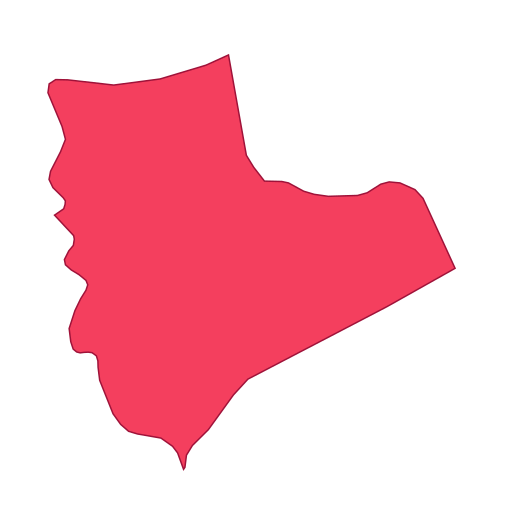 outline of Bạc Liêu, rotated 353°
{"feature_id": "VNM-506", "entity_name": "Bạc Liêu", "entity_type": "Province", "adm_level": 1, "iso_a3": "VNM", "parent_name": "Vietnam", "parent_adm1": "", "projection": "orthographic", "projection_center": [105.432, 9.309], "detail": "fine", "context": "isolated", "style": "filled", "palette": "rose", "viewbox_px": 512, "rotation_deg": 353, "n_neighbors": 0, "source": "natural_earth", "source_scale": "10m", "svg_char_len": 1034}
<svg xmlns="http://www.w3.org/2000/svg" viewBox="0 0 512 512"><g transform="rotate(353 256 256)"><path d="M452.1,292.5L380.1,322.1L233.0,377.2L216.7,391.1L187.5,422.6L169.8,436.3L162.7,445.2L159.7,457.1L158.1,458.9L154.2,441.9L150.0,434.7L139.4,425.1L116.7,418.2L108.2,414.5L101.2,406.7L94.9,395.2L85.7,360.3L85.7,347.2L86.3,340.8L85.4,335.6L81.5,332.0L77.8,331.0L73.7,330.7L69.7,330.7L66.3,329.4L63.2,326.1L61.7,318.5L61.7,305.2L69.6,288.2L76.8,277.0L83.1,269.2L85.5,264.1L84.3,259.5L78.1,253.0L70.9,247.3L65.8,241.5L65.4,236.2L70.8,228.1L76.0,223.2L77.7,217.2L77.5,213.6L61.0,190.9L70.9,185.7L72.8,181.5L73.5,178.0L71.7,174.6L62.8,163.4L59.9,154.8L62.4,146.9L74.7,128.7L81.1,117.0L79.3,103.9L69.4,68.6L71.7,59.9L78.7,56.5L90.5,58.2L135.6,69.0L182.3,68.6L229.6,60.5L253.2,53.1L258.7,154.9L264.6,167.8L273.5,182.7L290.7,185.2L297.1,187.4L311.2,197.5L321.3,201.9L335.1,205.6L364.1,208.3L374.1,206.8L388.6,199.9L397.2,198.7L407.8,201.0L421.9,209.5L428.8,219.1L452.1,292.5Z" fill="#f43f5e" stroke="#9f1239" stroke-width="1.5"/></g></svg>